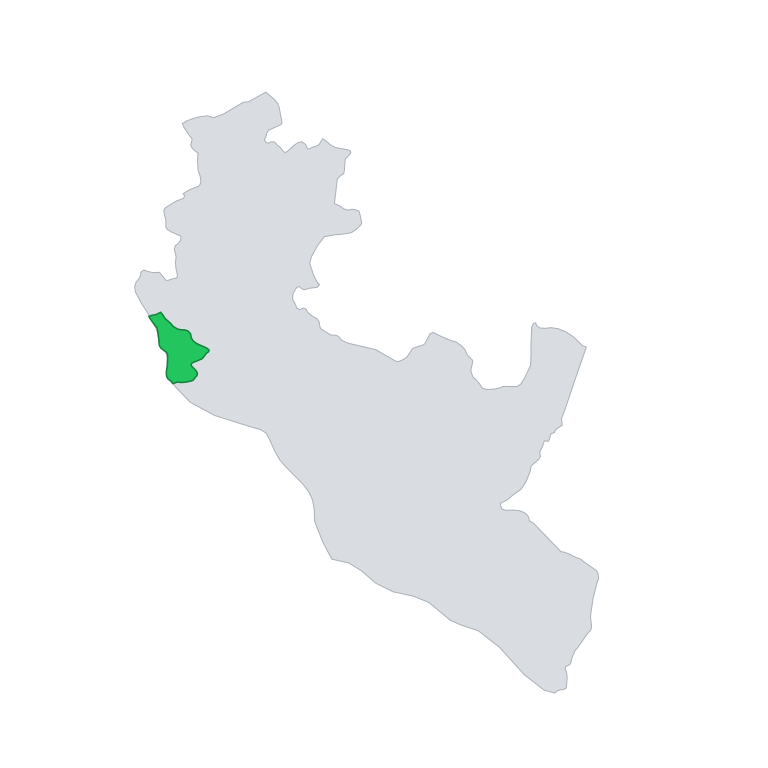 Brazzaville on a map of Republic of the Congo (orthographic projection), rotated 109°
{"feature_id": "COG-4855", "entity_name": "Brazzaville", "entity_type": "Region", "adm_level": 1, "iso_a3": "COG", "parent_name": "Republic of the Congo", "parent_adm1": "", "projection": "orthographic", "projection_center": [15.461, -3.984], "detail": "fine", "context": "in_parent", "style": "filled", "palette": "green", "viewbox_px": 768, "rotation_deg": 109, "n_neighbors": 0, "source": "natural_earth", "source_scale": "10m", "svg_char_len": 4745}
<svg xmlns="http://www.w3.org/2000/svg" viewBox="0 0 768 768"><g transform="rotate(109 384 384)"><path d="M146.6,590.8L150.3,580.9L153.1,576.4L156.5,573.2L170.1,565.5L172.2,565.8L181.6,575.7L184.7,576.5L188.0,576.2L192.0,576.6L193.9,574.6L194.2,572.0L191.4,569.2L190.9,566.1L192.9,562.7L194.1,559.0L197.0,554.6L197.3,552.5L194.2,550.3L187.8,546.9L183.4,543.6L181.7,540.4L182.9,536.3L186.4,533.0L186.2,531.3L183.1,528.3L180.8,525.1L178.5,523.2L172.1,522.0L173.3,517.7L175.6,511.5L176.2,506.7L174.4,494.1L174.5,491.8L176.3,490.6L180.1,492.0L184.0,493.9L194.5,491.1L198.1,490.6L201.2,493.0L205.4,494.9L229.6,489.6L230.0,484.2L231.4,479.4L231.6,475.7L230.6,473.4L229.4,471.6L228.6,468.0L228.6,464.1L230.9,462.3L238.7,457.6L241.1,457.7L246.5,460.3L251.6,464.2L256.1,472.5L259.2,479.7L264.2,488.4L274.8,491.9L287.4,494.1L294.2,493.5L303.9,486.1L309.5,480.3L311.2,477.2L314.5,478.8L318.1,486.4L320.5,489.3L321.0,492.1L319.4,495.7L321.0,497.9L327.8,499.5L333.7,498.0L336.4,494.9L340.8,490.8L340.9,487.4L338.5,485.2L338.5,482.1L341.0,479.7L343.4,473.2L344.1,468.4L346.5,465.4L350.9,463.2L352.5,461.3L355.0,450.0L353.7,445.9L353.7,442.5L356.5,438.1L357.1,431.0L354.2,403.0L358.6,380.6L358.2,377.7L355.1,374.3L351.2,371.1L341.2,368.5L337.5,364.3L334.6,359.9L332.5,358.5L321.6,356.8L319.2,354.3L320.2,347.2L321.1,336.6L320.8,329.3L322.7,323.4L324.9,319.0L329.7,314.3L332.3,308.7L333.6,307.4L342.8,306.4L346.1,304.1L348.7,301.8L349.8,298.7L352.9,293.5L355.7,289.9L356.0,287.5L355.4,284.2L352.7,277.7L349.4,272.3L347.4,270.4L343.3,257.6L339.6,254.6L332.3,253.0L318.7,251.5L310.4,253.9L297.8,258.2L282.0,262.9L278.3,262.4L276.7,260.5L279.1,258.8L280.3,254.9L278.8,249.4L276.3,244.3L275.0,237.1L275.6,228.3L277.9,219.9L283.0,209.1L283.3,204.7L313.7,204.8L346.4,204.6L358.9,204.9L364.9,202.1L370.6,206.4L373.4,207.3L374.4,207.0L376.6,209.9L383.7,209.6L384.8,210.3L385.5,213.9L392.1,213.8L395.3,214.6L398.0,214.5L401.8,212.4L404.6,213.1L409.6,215.8L413.2,218.2L418.2,217.4L429.8,217.8L438.8,220.1L447.7,226.3L453.6,229.9L459.0,235.2L460.9,234.2L463.8,232.1L463.8,227.6L460.8,219.9L459.6,213.3L460.3,207.9L462.5,204.1L466.4,201.8L466.8,197.6L484.9,162.2L484.3,158.1L484.7,152.0L485.6,145.2L485.4,141.2L486.6,138.4L491.3,122.4L493.9,119.7L497.8,117.8L503.6,117.8L518.7,116.5L532.8,113.9L537.5,112.7L546.3,108.5L549.7,108.4L552.6,110.0L569.7,114.9L574.4,116.8L576.1,116.6L578.7,117.0L582.6,117.1L586.5,116.5L589.0,117.1L592.2,120.3L594.3,119.9L597.0,117.6L602.1,115.2L612.0,112.6L613.6,113.8L617.1,119.7L620.6,121.7L621.4,132.7L613.2,156.7L595.5,188.8L586.7,214.1L586.8,232.7L585.9,244.4L583.0,251.5L576.0,270.7L575.0,287.2L577.5,307.5L575.1,326.7L567.9,344.8L564.7,359.1L566.6,376.3L553.2,390.6L536.4,404.9L525.6,409.0L517.1,413.7L511.1,419.2L504.7,428.7L494.7,449.2L489.5,458.1L482.7,465.8L472.6,475.2L468.8,479.6L467.3,486.0L468.0,497.8L468.9,533.7L464.4,561.3L454.5,580.5L447.0,591.2L439.6,594.4L429.8,597.3L425.1,600.9L422.2,606.3L416.7,610.9L408.7,614.9L398.5,624.7L386.2,640.2L377.8,649.1L373.2,651.4L368.6,651.6L363.7,649.8L359.7,649.5L357.6,650.4L354.4,648.2L354.5,644.7L353.9,638.7L351.5,632.6L356.9,624.0L356.4,622.0L353.9,618.9L351.1,614.4L348.4,614.7L342.7,618.2L336.8,620.8L331.3,622.0L324.6,626.2L320.9,626.3L318.8,624.6L314.3,623.0L311.8,623.6L310.4,624.4L309.4,634.8L308.5,639.2L306.8,641.3L300.0,643.6L295.4,646.7L291.4,648.7L288.9,648.2L279.0,640.4L273.7,634.0L270.6,633.8L269.7,635.9L268.1,634.9L263.2,630.7L257.5,623.9L255.4,622.9L252.3,623.0L247.3,625.5L242.4,629.4L233.5,633.0L226.1,635.1L225.5,637.5L223.8,641.8L221.3,644.4L214.8,645.2L212.4,649.0L206.8,656.3L203.1,659.6L202.1,658.2L199.8,656.5L195.1,650.9L190.5,643.9L189.3,640.7L188.0,638.9L187.7,631.8L180.8,623.5L163.3,608.7L161.5,604.3L146.6,590.8Z" fill="#d9dde1" stroke="#a8b0b8" stroke-width="1"/><path d="M452.4,583.6L451.5,585.2L451.1,585.7L450.7,586.4L449.5,590.1L448.0,591.6L447.7,591.9L445.2,593.2L442.4,594.0L439.6,594.4L436.8,594.9L427.6,597.8L426.5,598.3L425.6,599.0L424.8,600.2L422.8,606.5L422.5,607.0L421.1,608.5L420.8,608.9L420.3,609.2L418.7,610.0L416.2,610.9L409.2,614.4L407.9,615.3L406.2,616.0L404.6,616.9L404.0,618.2L403.6,619.0L401.3,622.4L397.9,627.1L396.6,628.4L394.5,625.8L393.0,622.8L391.2,620.8L388.9,618.5L390.6,615.7L393.4,612.2L394.6,609.1L396.2,605.3L398.2,602.0L399.2,597.2L398.9,593.9L397.7,589.9L397.7,586.6L399.4,583.3L403.0,581.3L405.3,578.7L406.6,574.9L407.1,570.9L407.4,566.6L407.9,562.5L409.1,560.3L410.9,560.5L412.9,562.0L416.5,563.1L419.3,564.1L420.8,565.8L422.5,567.6L424.8,570.4L426.8,572.4L428.5,572.8L430.0,571.3L431.5,568.0L432.8,565.7L434.6,564.0L436.8,563.5L439.1,564.5L442.7,565.7L444.3,567.8L446.3,571.1L447.8,574.2L448.9,577.0L449.1,579.2L450.1,580.8L451.1,582.0L452.4,583.6Z" fill="#22c55e" stroke="#15803d" stroke-width="1.5"/></g></svg>